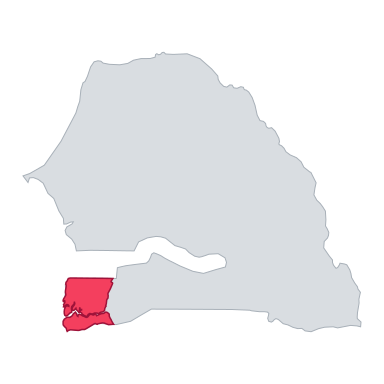 location of Ziguinchor within Senegal
{"feature_id": "SEN-775", "entity_name": "Ziguinchor", "entity_type": "Region", "adm_level": 1, "iso_a3": "SEN", "parent_name": "Senegal", "parent_adm1": "", "projection": "natural_earth1", "projection_center": [-16.415, 12.748], "detail": "fine", "context": "in_parent", "style": "filled", "palette": "rose", "viewbox_px": 384, "rotation_deg": 0, "n_neighbors": 0, "source": "natural_earth", "source_scale": "10m", "svg_char_len": 5634}
<svg xmlns="http://www.w3.org/2000/svg" viewBox="0 0 384 384"><path d="M310.9,172.4L316.1,182.8L315.0,187.7L313.9,194.9L316.8,200.2L320.3,203.6L322.7,206.8L325.4,211.1L325.9,219.8L325.5,226.0L327.2,228.8L328.8,232.4L328.5,235.4L327.5,238.0L324.2,241.5L323.7,247.9L329.1,255.8L332.5,260.0L332.5,262.5L333.5,265.2L336.0,268.3L337.6,267.6L339.3,265.0L340.0,263.2L344.6,264.0L346.8,264.8L349.8,269.9L350.9,273.4L351.6,277.6L354.7,283.0L357.4,286.7L358.0,289.1L360.4,292.3L358.9,299.3L359.1,303.0L357.5,312.5L357.2,316.9L357.3,318.6L361.0,322.0L360.6,326.8L356.9,325.9L350.5,325.4L337.6,327.9L333.2,326.8L324.7,327.2L318.7,328.6L311.1,331.7L305.1,330.9L301.9,328.4L297.7,328.6L292.9,327.3L287.9,324.9L283.2,323.7L278.2,319.4L275.9,318.6L274.2,319.7L272.9,321.2L271.4,322.1L268.7,321.3L267.7,318.3L268.5,315.4L268.8,313.3L267.5,312.1L264.4,311.7L259.5,311.7L251.6,310.8L249.7,310.2L232.0,309.5L213.5,309.4L197.9,309.3L178.2,309.2L164.3,309.2L151.4,309.1L141.4,314.9L130.6,321.3L116.1,324.6L99.3,323.4L94.0,324.3L88.4,327.1L84.4,329.1L78.6,330.4L71.1,329.3L68.1,330.0L66.3,327.1L64.1,322.4L65.5,319.0L70.0,316.8L76.8,313.9L80.4,315.4L82.5,315.5L82.9,313.6L82.2,312.6L77.1,310.1L74.4,306.8L72.2,308.8L70.3,312.8L68.7,314.0L66.4,315.2L65.0,312.4L64.5,309.7L65.5,307.7L65.0,296.0L65.6,289.9L65.3,284.4L68.5,280.9L71.6,278.7L83.6,278.5L94.7,278.3L105.4,278.4L116.3,278.5L117.4,267.7L120.9,266.8L126.0,265.7L135.7,264.4L146.4,263.1L148.7,261.0L150.5,257.4L151.6,254.2L153.8,252.8L156.8,253.9L160.7,255.6L164.8,258.2L169.5,260.7L172.6,262.2L180.1,266.0L192.9,271.3L203.5,273.4L216.2,269.5L225.4,267.0L226.5,262.4L225.0,257.8L218.2,253.7L208.9,254.2L206.0,255.3L201.7,256.7L199.1,257.2L194.7,256.2L189.1,252.6L185.6,249.0L180.7,247.3L174.9,245.6L165.6,238.2L160.7,236.8L156.1,236.4L147.3,237.9L138.6,241.9L134.1,250.9L125.5,250.8L107.1,250.5L90.3,250.3L76.4,250.9L75.0,244.3L71.7,239.1L66.3,234.6L65.1,230.5L66.9,226.9L72.1,223.9L73.3,221.8L70.6,222.1L66.5,224.0L63.8,224.1L63.4,218.4L58.9,211.0L53.8,198.5L48.0,193.4L43.2,183.2L38.1,179.4L33.4,177.6L29.5,177.9L28.0,182.5L23.0,175.9L29.8,173.5L44.3,165.2L61.0,141.3L75.9,113.0L77.9,106.3L79.7,101.3L80.9,89.7L83.0,82.8L85.0,81.5L87.5,76.2L90.6,66.9L94.1,61.8L97.9,60.8L100.9,61.2L103.1,63.1L109.4,64.3L119.8,64.8L127.8,63.4L133.5,60.2L141.0,58.6L150.2,58.5L155.1,57.2L155.6,54.5L156.8,53.7L158.7,54.8L160.5,54.3L162.2,52.5L163.9,52.3L165.6,54.0L173.4,54.4L187.2,53.8L200.0,58.7L211.7,69.0L217.8,76.0L218.2,79.4L220.1,82.9L223.7,86.4L226.9,87.1L229.8,84.9L232.1,85.1L233.7,87.8L237.1,88.3L240.8,86.7L243.4,87.3L243.9,88.9L244.5,89.7L246.3,90.1L248.8,92.1L252.2,97.6L255.0,105.3L257.2,115.2L260.0,120.6L263.5,121.4L265.6,123.5L266.0,125.8L267.0,127.4L268.7,128.3L271.6,127.7L275.1,131.1L278.9,138.3L279.5,141.6L278.9,143.3L279.1,144.6L281.6,145.8L284.0,148.2L285.9,151.7L290.1,154.9L296.5,157.7L301.1,161.8L303.9,167.3L309.7,171.9L310.9,172.4Z" fill="#d9dde1" stroke="#a8b0b8" stroke-width="1"/><path d="M70.2,278.0L72.6,278.0L81.7,278.1L90.0,278.2L102.2,278.3L109.3,278.4L112.9,278.5L112.3,279.5L111.4,280.7L111.1,281.4L111.2,282.0L111.5,282.2L111.9,282.4L112.3,282.6L112.6,283.0L112.6,283.5L110.4,288.7L108.0,293.3L107.9,294.0L108.0,294.7L108.2,295.8L108.1,296.4L108.0,297.7L107.9,298.2L107.7,298.5L107.1,299.1L106.9,299.6L106.7,300.0L106.3,303.9L106.0,304.5L105.9,305.4L106.0,305.9L105.7,305.9L105.7,306.4L105.6,306.7L105.0,308.0L104.8,308.4L104.5,310.6L103.0,311.7L100.8,312.2L100.2,312.4L99.1,313.3L98.7,313.5L98.1,313.4L96.8,313.0L94.7,313.0L94.1,313.2L93.1,313.7L92.5,313.9L91.8,313.9L90.0,313.5L89.4,313.6L88.7,314.2L88.2,314.4L88.0,314.7L87.7,315.3L87.3,316.1L86.9,316.5L84.6,315.7L82.8,314.5L81.9,313.7L81.6,312.8L81.3,312.6L80.8,312.5L80.3,312.2L80.1,311.7L80.2,311.1L80.5,310.5L81.0,310.1L81.6,310.0L81.6,309.5L80.7,309.5L80.2,309.0L79.9,308.2L79.7,307.3L79.3,312.6L78.9,312.6L78.2,311.5L76.2,309.5L75.9,308.2L75.3,308.8L74.8,309.5L74.3,310.1L73.5,310.4L72.8,310.2L72.4,309.8L72.1,309.1L72.2,308.2L73.0,306.5L74.1,305.3L74.8,303.8L74.4,301.6L74.2,303.3L74.1,303.8L73.8,304.4L73.5,304.6L73.3,304.8L72.2,306.0L71.7,306.6L71.5,307.5L71.4,308.8L71.8,311.1L71.7,312.2L70.0,313.0L67.6,315.3L65.8,316.0L64.8,315.3L64.3,313.7L64.2,311.5L64.5,309.2L65.4,307.0L66.8,305.7L68.8,306.4L68.8,305.5L68.1,304.8L66.9,304.5L66.0,304.9L64.8,306.5L64.2,307.0L63.5,306.8L63.8,306.3L63.9,305.8L63.8,305.2L63.5,304.7L64.7,302.8L64.9,301.8L64.7,300.7L64.2,300.7L64.0,301.4L63.6,301.7L63.3,301.5L63.1,300.5L63.3,299.7L63.6,298.9L65.6,295.6L65.8,294.8L65.7,293.9L65.4,292.4L65.4,291.7L65.5,290.4L66.0,287.7L66.2,286.0L66.1,284.9L65.8,284.4L65.9,282.9L66.1,282.2L66.5,281.7L67.3,280.7L67.5,280.1L68.3,278.5L70.2,278.0ZM108.7,324.7L107.7,324.4L104.2,323.1L102.3,322.9L98.1,323.8L97.7,323.9L97.5,324.2L97.2,324.3L96.8,324.2L95.6,323.6L95.0,323.5L94.4,323.7L90.7,326.0L86.2,328.7L84.6,329.5L81.8,329.5L78.9,330.4L77.9,330.4L70.5,329.8L68.5,330.4L67.2,331.4L66.8,330.6L66.6,329.7L66.3,328.4L66.0,328.0L65.2,327.3L63.9,325.9L63.3,325.1L63.1,324.2L63.1,321.6L63.2,321.0L63.8,320.4L63.9,319.8L64.3,319.2L67.0,317.3L68.2,317.3L69.9,317.4L71.8,316.1L72.4,315.5L72.7,315.0L72.9,314.5L73.3,313.9L75.4,312.1L76.4,313.5L77.2,315.9L77.9,316.4L78.0,315.5L78.5,314.7L79.5,314.4L80.6,314.6L82.4,315.8L84.1,316.4L85.9,317.3L86.9,317.4L87.9,316.8L89.3,315.0L90.2,314.4L91.5,314.4L92.6,314.9L93.7,315.0L94.9,314.1L95.6,313.8L96.0,314.4L96.3,315.2L96.6,315.7L100.9,313.8L101.9,313.6L103.2,313.5L104.1,313.2L104.8,312.6L105.6,312.1L106.8,312.2L107.8,312.8L109.2,314.1L109.2,314.5L109.3,316.2L110.1,318.0L111.1,319.7L111.7,321.1L113.4,324.0L113.6,324.3L113.1,324.3L108.7,324.7Z" fill="#f43f5e" stroke="#9f1239" stroke-width="1.5"/></svg>